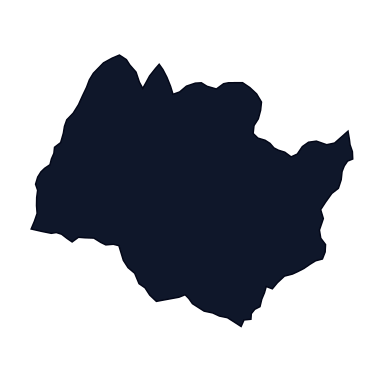 Gastão Vidigal, São Paulo, Brazil (Albers equal-area conic projection), rotated 6°
{"feature_id": "56859067B980429746583", "entity_name": "Gastão Vidigal", "entity_type": "district", "adm_level": 2, "iso_a3": "BRA", "parent_name": "Brazil", "parent_adm1": "São Paulo", "projection": "albers", "projection_center": [-50.2, -20.806], "detail": "fine", "context": "isolated", "style": "filled", "palette": "ink", "viewbox_px": 384, "rotation_deg": 6, "n_neighbors": 0, "source": "geoboundaries", "source_scale": "gbopen_adm2", "svg_char_len": 1734}
<svg xmlns="http://www.w3.org/2000/svg" viewBox="0 0 384 384"><g transform="rotate(6 192 192)"><path d="M105.5,63.4L98.6,67.2L90.5,72.8L81.5,84.2L78.2,91.2L76.2,98.9L72.9,108.2L70.0,117.0L65.6,126.0L59.9,133.3L58.3,140.0L57.9,147.0L56.2,156.6L50.6,161.9L50.6,168.0L48.7,173.9L47.9,179.7L43.0,183.8L39.7,187.7L37.0,193.2L35.6,200.6L38.3,206.4L38.1,213.7L38.8,221.9L40.2,229.5L38.3,237.7L35.9,245.6L46.8,246.9L56.4,247.8L61.3,246.5L66.7,247.6L72.7,251.3L78.0,254.2L83.8,248.9L90.2,248.7L99.2,248.1L106.6,251.7L111.8,253.6L119.2,252.2L124.9,253.0L130.9,267.2L136.3,273.9L143.5,278.8L148.9,288.7L155.3,292.2L160.7,298.9L168.0,304.5L175.7,302.2L190.0,298.0L195.9,294.9L200.0,298.3L204.1,303.0L216.5,309.2L225.2,310.1L232.2,312.5L240.4,313.3L254.9,320.6L257.1,313.8L263.9,312.4L263.7,306.8L266.7,302.1L271.6,298.9L272.6,291.3L274.6,284.6L275.7,278.2L282.0,279.9L286.4,273.3L292.7,266.0L300.5,263.1L305.2,260.3L311.2,256.4L316.7,251.7L322.1,247.5L328.7,245.0L330.7,237.7L330.3,230.3L324.9,224.5L322.7,216.5L324.1,210.5L325.4,204.7L321.8,196.1L326.0,187.9L331.2,178.8L337.2,173.0L339.1,164.2L339.1,156.0L340.7,150.2L343.5,145.0L348.4,142.4L347.3,135.1L344.2,128.4L343.0,123.1L340.8,115.2L328.7,128.4L321.0,130.9L310.4,128.4L302.7,130.3L297.0,135.3L292.7,143.3L286.9,146.7L280.1,142.7L273.5,141.4L268.9,139.6L264.5,135.5L259.3,132.9L251.9,131.5L246.7,127.4L246.7,119.5L250.3,112.3L251.7,103.5L251.7,95.3L246.0,87.7L238.6,82.1L230.9,78.0L217.0,79.5L212.1,81.0L205.5,87.0L195.9,85.3L189.9,82.4L183.9,83.4L175.4,87.3L169.2,93.8L162.9,96.8L159.6,89.1L155.1,80.6L150.3,73.3L146.0,68.4L142.9,72.8L137.7,81.0L135.2,87.1L132.2,94.1L128.2,88.3L123.8,78.6L116.9,72.2L112.9,67.2L105.5,63.4Z" fill="#0f172a" stroke="#020617" stroke-width="1.5"/></g></svg>